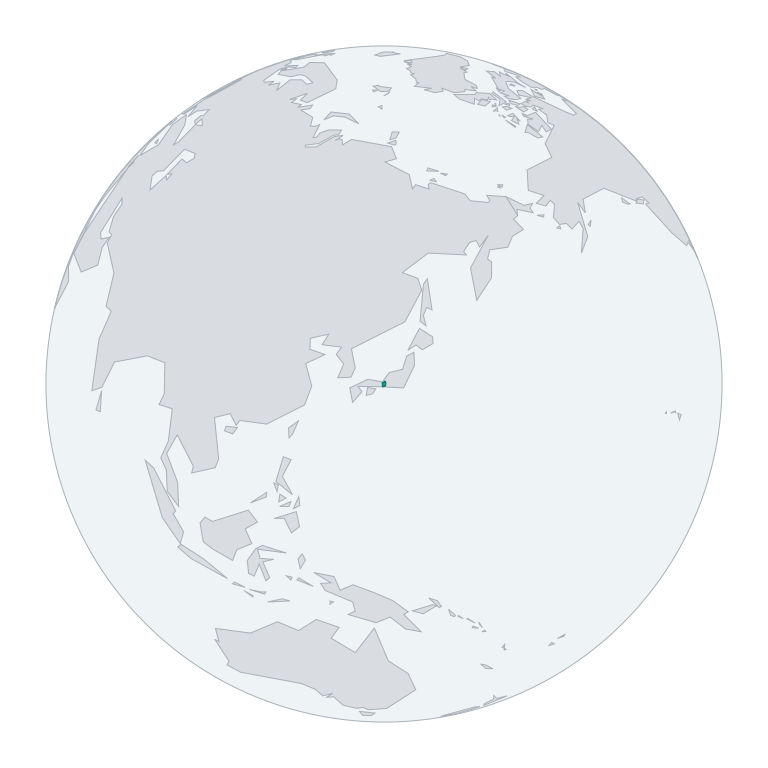 globe centered on Shiga, rotated 11°
{"feature_id": "JPN-1853", "entity_name": "Shiga", "entity_type": "Prefecture", "adm_level": 1, "iso_a3": "JPN", "parent_name": "Japan", "parent_adm1": "", "projection": "orthographic", "projection_center": [136.094, 35.224], "detail": "fine", "context": "on_globe", "style": "filled", "palette": "teal", "viewbox_px": 768, "rotation_deg": 11, "n_neighbors": 0, "source": "natural_earth", "source_scale": "10m", "svg_char_len": 12108}
<svg xmlns="http://www.w3.org/2000/svg" viewBox="0 0 768 768"><g transform="rotate(11 384 384)"><circle cx="384" cy="384" r="338" fill="#eef3f6" stroke="#a8b0b8"/><path d="M609.2,595.3L609.0,596.9L608.6,597.3L609.2,595.3ZM658.2,186.6L655.3,184.3L661.8,191.6L668.3,201.3L667.1,199.8L663.3,194.2L655.4,186.8L654.7,190.4L638.1,180.9L606.4,157.4L609.6,155.8L601.6,151.1L597.1,153.4L596.1,156.1L562.5,149.9L544.1,164.5L549.0,177.6L539.5,168.8L555.9,200.4L552.8,217.8L549.8,193.2L544.4,187.1L539.0,195.9L532.4,191.6L525.9,193.8L518.5,188.2L517.3,175.3L512.4,171.8L508.9,178.3L499.1,177.6L505.1,168.4L488.7,166.4L483.7,146.5L505.5,129.6L496.3,117.3L501.8,97.5L494.8,96.1L492.4,88.9L483.5,84.9L487.1,83.3L476.9,81.7L475.4,84.1L470.4,84.4L465.0,82.6L468.6,79.8L471.8,80.3L470.1,78.6L474.2,78.1L469.1,77.3L474.1,74.7L461.2,74.7L458.5,70.5L464.0,69.5L473.7,73.0L510.5,82.3L519.0,83.9L521.3,81.9L503.9,70.1L509.0,71.2L508.5,70.1L500.9,67.4L498.7,67.5L484.5,63.2L483.4,64.8L477.5,63.6L472.2,64.7L462.0,61.1L454.9,57.4L458.7,56.7L455.7,55.4L443.1,53.9L441.5,51.4L429.4,49.1L454.0,53.4L478.2,59.5L501.9,67.3L524.9,76.9L547.2,88.1L568.5,100.9L588.9,115.3L608.2,131.1L626.2,148.4L642.9,166.9L658.2,186.6ZM680.8,362.9L678.0,356.7L681.6,357.4L680.8,362.9ZM675.0,355.2L676.3,356.9L675.0,356.0L675.0,355.2ZM673.2,356.1L674.5,355.5L673.3,356.9L673.2,356.1ZM671.1,358.2L672.1,356.7L672.1,357.2L671.1,358.2ZM666.9,359.1L665.7,359.2L666.5,357.2L666.9,359.1ZM596.7,158.3L597.7,154.0L604.2,153.9L604.2,157.8L596.7,158.3ZM583.3,159.8L581.9,156.0L591.0,160.3L589.0,161.0L583.3,159.8ZM554.0,188.5L556.0,183.6L556.3,189.9L554.0,188.5ZM526.4,195.1L527.9,198.0L523.9,197.9L526.4,195.1ZM478.2,66.7L475.3,65.7L477.8,65.9L478.2,66.7ZM478.7,68.3L483.7,69.3L484.6,70.3L481.5,69.6L478.7,68.3ZM508.8,189.7L501.9,189.2L508.7,187.4L508.8,189.7ZM472.3,66.8L485.7,71.9L487.3,73.7L476.9,72.8L472.3,66.8ZM497.8,187.4L481.1,187.2L483.1,193.2L468.1,176.8L487.2,181.9L495.3,178.5L493.7,183.5L497.8,187.4ZM477.2,85.7L478.6,83.1L482.4,87.1L477.2,85.7ZM480.9,88.4L499.8,102.0L495.0,105.6L489.6,100.0L487.5,106.7L475.9,101.6L474.5,96.9L479.8,95.4L471.3,94.7L480.9,88.4ZM462.5,168.1L458.3,166.5L462.5,165.8L462.5,168.1ZM468.7,84.9L472.9,87.1L469.1,90.3L459.9,86.5L464.1,86.6L468.7,84.9ZM492.6,111.2L488.1,113.2L477.5,109.6L474.4,110.0L475.2,101.9L492.6,111.2ZM462.3,85.0L455.4,84.6L452.3,81.6L464.3,83.1L462.3,85.0ZM472.0,92.8L469.7,94.2L468.0,92.1L472.0,92.8ZM437.4,71.6L442.5,73.6L441.0,75.3L437.4,71.6ZM453.0,84.8L454.1,85.8L454.1,86.9L449.0,86.1L453.0,84.8ZM467.7,100.1L464.2,98.4L466.8,103.2L458.9,101.1L460.9,96.2L456.8,97.5L454.3,96.9L458.7,93.7L467.7,100.1ZM443.8,88.7L443.7,82.5L434.4,78.2L435.6,76.4L450.2,83.8L443.8,88.7ZM452.2,91.8L447.3,89.4L451.2,88.1L456.9,89.0L452.2,91.8ZM452.9,101.7L464.4,106.1L463.6,107.1L452.9,101.7ZM440.4,87.6L440.5,89.2L439.3,87.4L440.4,87.6ZM448.2,97.5L452.4,98.8L451.3,99.8L448.2,97.5ZM437.2,91.4L437.2,89.3L441.1,89.7L437.2,91.4ZM441.6,94.4L439.2,95.5L442.5,91.1L443.7,94.7L441.6,94.4ZM446.5,98.3L447.2,99.3L444.9,97.6L446.5,98.3ZM422.5,91.5L425.8,85.9L434.4,86.6L430.0,91.9L422.5,91.5ZM124.8,167.2L125.8,166.2L106.9,192.9L100.9,206.3L117.0,192.2L126.9,169.7L138.7,157.3L139.0,167.7L131.8,189.4L136.3,185.4L149.3,165.5L156.4,165.2L154.8,158.5L149.0,165.1L147.9,161.5L153.1,155.4L155.4,155.2L160.0,148.0L147.9,151.9L140.7,159.0L147.4,146.4L136.0,157.4L134.8,157.3L153.6,138.8L158.4,135.3L186.1,112.3L181.6,114.7L155.2,136.9L159.6,132.5L153.3,137.3L161.5,130.3L191.6,106.7L200.9,100.0L226.6,85.0L242.7,77.1L233.8,81.5L238.1,79.7L230.2,84.2L231.7,85.9L225.7,90.7L238.5,87.7L237.1,90.1L229.9,91.0L221.6,94.7L208.0,109.0L208.9,110.6L218.4,107.9L213.4,112.7L224.4,108.3L222.5,116.4L233.9,103.3L245.4,101.1L251.0,104.6L256.8,101.9L247.7,96.4L242.2,96.5L234.2,100.1L221.1,100.2L223.2,96.3L244.7,88.4L249.9,82.5L264.3,80.1L280.0,94.5L280.3,103.4L254.9,122.5L247.8,121.2L253.4,113.3L236.9,122.7L243.7,120.8L239.6,125.3L249.5,125.5L247.0,128.7L260.7,123.8L258.8,127.8L250.2,130.9L263.2,135.9L262.6,144.8L266.7,144.5L271.3,141.6L267.4,155.6L270.7,154.8L273.2,149.8L281.2,145.2L293.8,142.9L291.8,147.9L287.0,149.4L273.8,160.5L261.2,164.5L261.6,166.4L272.1,164.2L288.2,150.5L296.4,147.8L289.7,154.5L292.8,151.8L296.2,152.1L297.7,157.2L305.5,150.1L346.1,149.6L353.1,160.5L342.6,165.9L368.9,173.7L374.7,187.2L376.9,182.3L391.1,184.0L389.4,179.6L391.6,177.5L427.1,182.0L433.9,187.7L451.7,185.9L452.9,183.6L448.9,179.2L468.1,176.8L483.1,193.2L479.7,197.4L491.4,205.7L481.9,214.4L479.4,226.1L462.2,232.1L461.8,241.5L466.4,243.8L469.3,259.1L459.1,284.2L446.8,253.6L458.0,218.1L451.7,231.2L447.0,225.5L440.9,228.8L436.9,238.8L440.3,241.6L402.5,247.0L380.7,271.2L397.1,273.9L403.1,284.6L392.7,318.9L345.3,355.6L352.7,373.8L350.3,383.6L337.5,386.7L340.6,372.1L331.5,364.0L335.3,355.9L315.8,357.2L320.3,345.6L302.9,353.1L304.7,364.0L320.3,366.4L303.2,378.9L313.5,399.8L309.9,419.8L276.4,445.7L249.5,447.3L246.8,452.8L238.7,442.4L224.0,449.2L236.0,489.2L234.3,498.4L212.2,508.0L212.5,501.0L190.8,473.4L183.9,493.6L200.2,519.9L205.7,543.3L191.8,530.8L186.6,509.6L179.0,499.2L183.2,481.1L180.9,448.7L167.1,447.1L170.2,435.8L164.9,405.0L146.3,401.5L115.3,413.8L107.7,440.9L98.5,446.4L95.7,394.3L102.4,364.6L96.4,360.8L97.7,326.5L85.5,298.5L88.2,289.4L85.0,287.1L86.6,271.3L92.5,257.2L91.4,251.6L76.9,289.3L78.5,295.7L86.2,292.4L81.3,303.8L80.3,321.9L65.4,331.9L54.6,314.9L61.0,293.1L91.7,220.0L95.0,215.9L95.5,215.2L96.3,213.9L91.4,219.5L99.2,206.6L74.7,251.6L67.4,268.2L54.3,315.6L53.7,316.6L51.8,329.0L54.8,343.2L53.1,349.6L47.1,369.3L46.2,373.6L47.9,348.6L51.5,323.9L56.8,299.5L64.0,275.6L72.8,252.2L83.4,229.6L95.7,207.8L109.5,187.0L124.8,167.2ZM116.6,224.0L117.3,238.3L130.3,220.9L131.7,225.2L135.6,218.0L131.2,219.6L142.8,201.6L147.9,204.5L154.6,198.7L154.7,193.8L143.4,191.6L126.8,216.8L121.0,218.3L116.6,224.0ZM269.5,67.8L262.7,70.3L259.6,70.8L267.4,67.0L272.0,66.0L269.5,67.8ZM253.7,74.2L272.9,68.7L268.8,71.6L267.9,70.7L263.2,73.2L260.5,72.6L237.9,81.7L233.6,82.9L250.3,73.8L247.2,75.8L254.1,72.8L253.7,74.2ZM329.0,57.0L337.2,56.8L317.7,63.1L312.3,62.8L319.7,58.3L330.5,56.2L329.0,57.0ZM451.4,65.2L455.8,66.2L454.8,66.7L450.2,66.4L451.4,65.2ZM439.9,72.4L431.0,62.2L435.6,62.6L424.9,57.3L432.9,56.4L439.6,59.7L437.7,55.6L446.9,58.2L444.2,55.5L458.3,63.0L466.5,65.9L454.3,62.8L446.8,63.4L446.0,64.5L449.8,70.2L463.8,77.5L458.5,80.0L451.1,79.9L447.0,78.5L451.7,77.1L442.7,76.2L446.4,73.3L439.9,72.4ZM367.2,87.5L374.5,84.6L357.1,86.0L360.7,81.6L358.4,82.1L357.0,78.6L351.3,75.4L354.4,73.7L350.9,73.3L349.8,71.3L346.0,70.3L350.3,67.1L345.9,65.7L350.4,65.1L341.8,63.8L350.1,63.4L349.5,61.4L341.8,62.8L374.0,52.1L381.1,49.3L382.4,47.5L396.5,48.3L404.2,50.9L406.9,55.1L398.1,58.3L406.0,58.5L404.1,60.3L398.6,59.4L406.0,62.0L403.0,63.3L405.4,69.6L417.9,73.4L419.1,76.2L412.7,75.4L418.4,78.8L407.1,79.4L407.7,81.5L397.2,84.7L384.5,82.6L386.2,85.3L378.3,88.3L367.2,87.5ZM419.2,92.2L403.3,89.8L397.4,86.4L418.1,82.4L419.1,80.4L432.2,78.6L440.5,83.7L436.0,83.7L433.5,84.9L431.9,82.7L431.4,85.4L425.1,85.6L423.0,87.8L418.4,86.3L419.2,92.2ZM162.4,128.9L159.2,131.8L155.5,135.3L151.5,138.8L162.4,128.9ZM182.5,112.7L180.7,114.1L177.0,116.9L182.5,112.7ZM185.9,110.5L181.1,113.8L185.7,110.5L185.9,110.5ZM228.7,92.6L227.3,94.5L224.7,95.6L222.5,95.6L228.7,92.6ZM316.5,93.7L321.6,91.8L322.7,92.7L334.7,92.0L333.0,95.7L325.1,97.6L316.5,93.7ZM115.0,191.4L113.0,190.9L115.6,187.1L115.7,188.0L115.0,191.4ZM130.3,162.6L123.8,171.2L129.3,163.5L130.3,162.6ZM316.7,97.6L321.8,96.8L317.8,99.2L316.7,97.6ZM332.4,98.5L328.7,101.3L334.2,96.1L332.4,98.5ZM285.9,613.5L296.1,616.9L295.8,618.0L285.9,613.5ZM275.1,606.9L286.5,610.1L273.4,609.0L275.1,606.9ZM291.0,611.3L302.7,611.6L307.7,610.7L306.9,613.0L291.0,611.3ZM267.5,604.9L227.8,592.1L212.6,583.3L215.7,580.2L240.3,590.1L267.5,604.9ZM214.5,579.6L191.9,557.5L164.2,504.5L174.0,510.4L203.7,548.3L201.7,551.5L215.4,567.3L214.5,579.6ZM271.1,574.8L269.0,586.1L246.7,578.4L236.7,573.3L229.9,555.4L233.7,548.8L241.7,551.7L275.0,533.7L286.1,543.6L275.4,552.7L284.7,565.9L271.1,574.8ZM108.1,444.4L110.8,465.4L106.2,464.4L108.1,444.4ZM290.2,517.2L275.6,526.2L289.5,512.7L290.2,517.2ZM299.4,503.1L299.5,509.8L294.7,502.1L299.4,503.1ZM244.9,461.9L236.3,460.4L237.0,455.6L248.3,454.7L244.9,461.9ZM307.0,436.6L303.8,450.7L301.1,455.0L298.7,445.4L307.0,436.6ZM309.5,133.3L294.7,129.5L283.0,130.5L274.6,136.2L280.1,127.1L298.2,125.6L309.5,133.3ZM341.8,146.8L349.1,142.6L350.2,146.1L348.7,147.5L341.8,146.8ZM343.1,143.1L344.0,135.0L350.9,133.8L348.8,140.3L343.1,143.1ZM329.6,114.6L325.4,113.0L328.8,111.0L329.6,114.6ZM534.0,684.0L539.7,682.2L530.6,687.5L517.3,694.0L503.0,699.4L534.0,684.0ZM426.3,713.3L422.5,710.1L438.0,708.7L434.5,712.0L426.3,713.3ZM543.5,678.6L551.5,672.6L551.4,668.7L554.3,671.2L564.4,666.6L543.3,680.5L543.5,678.6ZM360.1,693.8L298.2,694.3L283.5,689.6L284.8,685.8L266.6,666.9L271.2,668.5L265.2,656.1L300.4,654.0L324.8,637.7L347.2,642.4L362.4,628.1L386.3,631.5L380.6,643.7L407.1,653.2L421.1,625.4L441.1,655.0L462.9,663.6L473.5,678.0L448.5,702.0L430.6,706.8L425.4,705.5L418.4,707.6L405.1,707.1L394.3,700.6L387.5,702.5L392.5,697.5L383.5,701.8L375.0,696.9L360.1,693.8ZM532.7,640.6L537.1,640.3L545.3,642.8L538.1,643.8L532.7,640.6ZM598.0,605.6L600.8,606.6L595.9,609.2L598.0,605.6ZM608.6,597.3L602.7,600.7L609.2,595.3L608.6,597.3ZM552.0,620.1L554.5,621.2L552.8,622.2L552.0,620.1ZM550.1,619.9L552.2,616.5L552.4,619.4L550.1,619.9ZM527.4,608.5L529.8,606.4L531.1,607.5L527.4,608.5ZM311.3,620.2L325.1,614.3L333.1,614.9L311.3,620.2ZM523.4,605.7L517.1,606.4L517.6,604.6L523.4,605.7ZM523.5,601.7L522.6,599.5L527.0,604.4L523.5,601.7ZM511.0,598.1L519.0,601.3L510.2,598.7L511.0,598.1ZM506.5,599.2L501.0,597.9L501.3,597.1L506.5,599.2ZM447.3,606.4L467.7,620.1L452.1,620.4L434.4,611.6L421.9,619.8L392.9,617.1L399.1,612.3L394.8,603.9L365.7,597.9L359.8,591.8L369.9,589.3L351.2,582.5L371.6,582.5L380.3,594.8L391.9,587.0L412.9,590.5L433.8,594.9L451.3,603.1L447.3,606.4ZM372.4,607.2L376.0,607.6L373.0,610.5L372.4,607.2ZM490.3,592.9L498.4,597.5L497.6,598.9L493.7,598.4L490.3,592.9ZM455.2,601.2L473.7,591.4L478.3,591.4L466.1,602.2L455.2,601.2ZM468.9,585.6L477.8,586.5L482.8,591.4L481.0,592.9L468.9,585.6ZM330.7,591.2L330.0,594.2L324.8,590.9L330.7,591.2ZM337.3,590.5L353.1,596.2L335.9,592.9L337.3,590.5ZM291.4,570.3L295.7,578.9L309.4,577.1L299.0,581.7L308.7,595.9L305.7,599.7L295.9,584.6L293.2,597.4L287.2,595.7L283.5,583.3L289.3,570.4L295.4,565.7L320.4,568.5L291.4,570.3ZM337.0,581.3L332.9,571.8L336.1,566.3L340.5,571.8L337.0,581.3ZM321.6,547.8L311.6,534.9L301.9,536.9L322.3,526.0L328.3,540.1L321.6,547.8ZM314.2,522.3L305.0,524.1L315.0,517.2L314.2,522.3ZM303.1,519.9L302.8,512.0L309.7,514.6L303.1,519.9ZM318.9,523.6L321.8,510.9L324.6,519.3L318.9,523.6ZM301.8,494.1L315.3,510.2L296.5,500.3L299.0,474.6L307.3,476.0L301.8,494.1ZM368.7,398.6L368.5,390.6L376.9,390.3L374.7,395.8L368.7,398.6ZM404.0,384.1L379.1,387.7L359.0,391.3L363.8,395.8L356.7,408.0L351.1,394.3L367.3,382.5L382.0,382.2L387.0,371.7L399.4,366.1L401.0,352.2L407.3,347.2L410.4,359.9L404.0,384.1ZM401.0,346.3L408.2,322.7L422.7,328.4L424.4,334.8L415.0,343.1L407.9,339.5L401.0,346.3ZM414.2,318.9L407.4,315.5L403.7,278.6L406.5,272.5L417.0,302.2L411.2,300.8L409.5,309.2L414.2,318.9ZM458.1,169.3L458.3,166.7L460.9,169.4L458.1,169.3ZM390.4,175.2L393.8,172.7L396.8,175.5L390.4,175.2ZM404.8,167.8L399.1,166.3L406.0,165.8L404.8,167.8ZM386.0,163.5L397.2,164.7L385.3,166.6L386.0,163.5Z" fill="#d9dde1" stroke="#a8b0b8" stroke-width="1"/><path d="M384.8,381.5L384.9,381.8L385.0,381.9L385.0,382.0L385.3,382.2L385.4,382.4L385.5,382.7L385.5,383.0L385.5,383.3L385.4,383.4L385.4,383.8L385.4,384.0L385.5,384.1L385.6,384.4L385.7,384.5L385.6,385.0L385.5,385.4L385.5,385.5L385.4,385.7L385.4,385.8L385.2,386.0L384.7,386.1L384.4,386.1L384.1,386.1L384.1,386.3L383.9,386.5L383.6,386.7L383.5,386.4L383.4,386.4L383.2,386.2L382.9,386.1L382.9,385.9L382.8,385.7L382.7,385.4L382.8,384.6L382.7,384.4L382.7,384.1L382.7,383.9L382.5,383.4L382.3,383.3L382.6,383.1L382.8,383.0L383.0,383.1L383.1,382.9L383.2,382.4L383.3,382.4L383.4,382.5L383.5,382.5L383.6,382.4L383.8,382.3L384.0,382.2L384.3,381.9L384.2,381.8L384.2,381.7L384.2,381.4L384.3,381.4L384.8,381.5Z" fill="#14b8a6" stroke="#0f766e" stroke-width="1.5"/></g></svg>